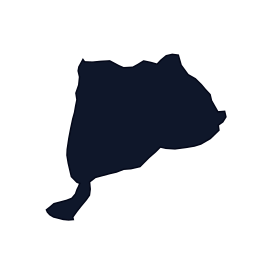 Patriki, Cyprus (orthographic projection), rotated 347°
{"feature_id": "46923920B77958582681624", "entity_name": "Patriki", "entity_type": "district", "adm_level": 2, "iso_a3": "CYP", "parent_name": "Cyprus", "parent_adm1": "", "projection": "orthographic", "projection_center": [33.984, 35.358], "detail": "fine", "context": "isolated", "style": "filled", "palette": "ink", "viewbox_px": 256, "rotation_deg": 347, "n_neighbors": 0, "source": "geoboundaries", "source_scale": "gbopen_adm2", "svg_char_len": 1132}
<svg xmlns="http://www.w3.org/2000/svg" viewBox="0 0 256 256"><g transform="rotate(347 128 128)"><path d="M99.5,51.1L93.9,57.4L92.3,61.1L92.3,67.3L89.7,75.0L85.1,82.3L84.6,89.0L82.0,94.7L79.4,100.9L76.3,106.6L72.2,115.4L68.1,124.7L64.0,135.1L62.4,140.8L61.9,148.6L61.9,153.7L61.9,162.6L66.0,169.3L68.6,171.1L66.5,174.1L64.6,176.4L62.0,180.5L57.4,183.9L51.9,184.7L46.0,184.9L38.8,185.1L34.2,187.5L30.1,189.4L30.6,191.9L32.3,194.9L35.4,197.9L40.7,200.6L44.3,202.5L49.4,204.2L54.1,204.9L54.1,202.4L59.3,197.8L64.5,193.6L71.2,188.5L75.3,184.8L77.4,179.1L78.4,171.9L85.1,168.8L100.0,168.3L106.8,168.3L114.5,167.2L121.7,168.3L131.0,168.3L141.8,161.5L149.5,157.4L155.2,153.8L160.4,156.3L169.1,158.9L180.5,160.0L188.7,160.5L195.4,160.0L205.8,156.8L216.1,150.6L216.6,145.5L221.7,143.4L225.9,139.2L225.9,133.5L219.2,132.5L215.5,120.1L215.5,113.9L211.9,107.6L209.3,102.5L204.7,95.2L198.5,89.5L193.9,78.7L193.4,68.3L187.7,66.2L181.5,66.2L175.3,69.3L170.7,72.4L165.0,69.3L158.3,66.2L152.1,68.3L146.4,69.9L137.2,68.3L133.0,65.2L125.3,58.5L116.0,56.9L108.3,55.9L100.6,53.8L99.5,51.1Z" fill="#0f172a" stroke="#020617" stroke-width="1.5"/></g></svg>